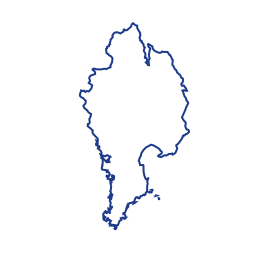 the Province of Shandong, rotated 115°
{"feature_id": "CHN-1814", "entity_name": "Shandong", "entity_type": "Province", "adm_level": 1, "iso_a3": "CHN", "parent_name": "China", "parent_adm1": "", "projection": "robinson", "projection_center": [118.824, 36.396], "detail": "fine", "context": "isolated", "style": "outline", "palette": "blue", "viewbox_px": 256, "rotation_deg": 115, "n_neighbors": 0, "source": "natural_earth", "source_scale": "10m", "svg_char_len": 5865}
<svg xmlns="http://www.w3.org/2000/svg" viewBox="0 0 256 256"><g transform="rotate(115 128 128)"><path d="M105.9,71.0L108.4,72.1L109.3,73.2L110.0,73.2L111.2,73.9L111.2,74.5L111.9,74.9L112.8,74.5L113.4,74.8L115.2,74.7L120.9,75.8L123.2,77.0L123.9,76.7L125.0,75.3L125.9,74.7L130.5,74.5L133.2,76.2L132.5,77.3L133.3,78.0L134.3,80.1L135.6,80.6L136.7,81.6L137.3,83.4L139.5,84.9L140.4,85.9L140.8,87.5L140.7,88.8L139.7,88.7L137.3,86.9L136.1,86.8L135.3,87.3L134.7,89.3L133.8,90.6L133.4,93.0L133.0,97.6L133.4,100.0L138.0,103.5L141.5,104.7L145.3,105.2L147.3,104.7L150.7,104.7L153.4,104.3L153.9,103.4L156.5,101.4L155.2,98.6L155.5,98.1L160.5,95.7L163.6,93.6L166.3,91.0L166.9,90.0L166.5,89.0L164.2,88.4L168.0,88.1L170.3,86.6L172.6,86.1L177.0,84.0L179.5,84.5L180.5,84.1L181.7,84.4L182.0,84.8L181.7,85.3L182.0,85.8L183.6,86.7L184.3,87.7L186.9,87.9L187.2,88.3L186.7,89.4L187.2,89.8L186.8,90.6L187.8,91.6L191.1,91.5L192.7,90.6L192.2,89.8L193.2,90.3L194.1,91.0L193.3,91.1L192.9,91.5L192.9,92.0L194.5,93.3L195.3,94.9L196.8,95.2L197.6,96.0L200.2,95.7L199.2,95.0L198.0,95.3L198.4,94.8L199.2,94.5L201.6,95.1L206.6,95.0L207.1,95.1L206.8,95.7L206.9,96.1L207.9,96.1L208.1,95.9L207.6,94.8L208.8,93.1L209.9,92.6L209.8,92.1L210.5,92.5L211.1,92.1L211.9,92.9L211.9,93.5L211.3,94.4L211.6,95.2L212.7,96.4L213.7,95.2L214.2,95.1L215.5,96.4L219.9,96.1L220.2,96.5L222.2,96.9L223.2,96.3L224.9,96.5L225.1,97.2L224.9,97.7L224.3,97.4L222.2,98.5L222.8,100.0L221.7,99.3L222.0,100.6L222.9,101.8L223.1,102.6L223.7,103.1L222.4,103.3L222.1,103.7L222.4,104.5L220.8,104.2L220.2,104.6L219.9,105.5L219.7,104.3L219.4,104.2L219.0,106.1L219.6,106.8L218.2,108.2L218.4,108.6L218.8,108.7L219.1,108.5L219.1,108.0L221.6,108.0L221.3,111.4L220.9,111.8L220.6,111.7L221.0,110.7L220.6,110.6L219.6,111.2L218.3,111.1L218.3,111.6L219.1,112.7L218.3,113.1L217.7,112.9L217.1,113.9L216.3,114.1L212.9,113.3L212.9,112.2L213.2,111.8L214.9,111.8L212.3,110.4L212.7,108.6L212.4,108.4L212.0,108.6L211.9,110.4L210.7,110.3L210.3,111.3L209.2,111.8L209.3,109.9L209.5,109.4L206.5,109.0L206.2,109.2L207.1,110.6L206.3,111.2L203.1,112.0L201.7,113.7L199.7,114.3L200.6,113.5L199.4,113.8L199.1,114.3L199.4,116.3L199.2,116.5L198.4,115.7L196.7,116.1L196.2,115.9L196.0,115.5L196.1,115.1L197.2,114.8L198.4,114.0L198.7,113.4L197.2,113.7L196.3,114.5L195.7,113.9L195.1,113.9L194.9,114.3L195.3,115.1L194.9,116.0L193.8,116.1L193.1,116.8L193.1,117.2L193.7,117.4L191.5,117.4L187.7,118.7L185.8,120.4L184.6,120.0L184.6,121.0L184.4,121.2L182.0,120.8L182.1,120.1L180.1,119.2L177.6,120.2L177.5,120.6L177.8,120.8L177.4,122.0L177.6,122.5L178.3,122.5L179.5,120.8L180.1,120.6L181.2,121.9L181.8,122.1L182.0,122.7L182.9,122.3L182.2,123.8L182.6,124.9L181.5,125.1L181.2,125.5L181.3,126.3L180.7,127.2L180.1,127.1L180.0,126.0L179.5,125.7L179.7,125.0L177.6,124.9L176.1,127.0L177.0,128.7L176.6,129.0L175.1,128.7L176.6,133.9L176.4,134.3L174.7,135.1L172.8,135.2L172.4,135.8L170.9,135.9L167.9,137.3L166.4,136.7L168.1,132.9L167.5,131.9L167.1,131.8L166.7,130.4L166.2,130.7L165.9,131.6L165.9,132.5L166.5,132.9L166.2,133.3L164.5,132.6L164.6,132.0L162.0,132.3L161.5,131.8L161.3,132.3L161.8,132.9L161.4,134.2L161.4,135.2L161.6,135.7L163.3,136.7L163.5,138.8L164.1,139.0L164.9,138.6L164.9,139.4L165.2,139.3L166.2,138.2L166.7,138.7L166.6,139.4L164.8,140.3L163.5,141.8L163.4,141.3L163.9,140.2L162.5,141.4L161.6,141.5L160.2,143.2L159.3,146.7L158.5,146.5L157.7,145.7L156.9,146.2L156.7,146.4L157.6,147.3L156.8,148.3L156.9,149.7L155.8,150.3L155.1,149.4L155.3,148.7L154.5,149.0L153.5,150.7L152.9,151.2L153.0,150.2L152.6,149.8L150.5,150.9L148.1,157.0L147.0,158.4L145.0,159.0L144.9,160.1L144.5,160.8L143.3,165.4L141.4,166.0L141.2,165.4L140.7,165.1L139.2,165.0L136.3,166.8L133.3,166.8L131.0,167.3L130.5,170.3L128.9,173.3L128.8,174.5L128.1,176.4L127.3,177.4L126.5,177.8L124.0,177.0L122.8,177.1L121.1,177.8L120.8,179.2L120.1,180.5L119.7,184.1L119.3,184.9L118.1,185.7L113.7,186.3L113.7,184.8L112.8,183.7L113.4,182.0L111.9,181.1L111.5,179.0L107.8,177.9L104.7,178.4L104.3,178.7L103.8,182.6L101.4,182.3L99.2,184.2L98.2,184.4L96.3,184.0L93.0,180.6L91.6,181.3L90.7,182.2L90.3,184.6L89.7,184.9L89.2,184.7L88.4,183.6L88.1,181.3L86.2,177.0L84.3,174.6L83.9,172.8L80.2,169.5L79.2,170.3L75.6,170.2L71.5,171.4L70.3,173.3L70.1,175.5L70.0,176.2L69.3,177.0L69.4,178.2L69.2,179.1L65.8,181.2L65.4,181.3L64.6,180.7L63.5,181.3L63.0,181.1L61.9,179.8L60.8,180.3L59.6,179.6L58.9,180.4L56.7,180.6L55.2,181.1L52.1,180.2L50.9,181.2L48.3,180.9L47.3,180.4L45.9,178.5L45.6,177.3L45.6,174.9L42.6,172.9L41.4,172.9L40.7,173.5L40.3,173.2L40.5,171.4L39.5,170.1L34.9,168.1L32.6,168.4L30.9,167.8L31.7,164.7L31.4,163.0L33.6,161.8L36.9,157.0L38.4,156.5L38.9,155.9L41.4,155.7L42.8,154.2L43.6,153.9L43.4,152.4L43.7,151.8L44.7,151.7L45.3,149.6L47.5,148.1L47.8,146.8L50.6,146.6L51.5,146.1L53.4,143.6L54.2,143.1L57.0,142.6L57.3,142.2L56.6,141.4L56.8,140.8L58.2,139.5L59.3,139.0L61.0,139.6L61.8,137.3L62.5,136.5L62.1,135.5L58.4,137.9L56.1,137.6L53.7,139.5L52.0,140.2L48.5,141.2L47.0,141.2L46.4,141.6L46.0,143.1L45.3,144.1L43.8,145.2L43.3,145.1L43.7,140.5L45.9,138.7L46.8,136.5L46.9,133.9L46.6,131.1L45.4,129.7L44.3,129.5L44.1,128.1L42.4,124.3L44.3,121.3L44.1,120.7L45.6,118.6L47.1,117.1L47.5,116.1L51.2,114.9L52.2,114.3L52.8,112.7L54.9,110.4L55.1,108.9L57.0,106.8L58.0,103.0L59.8,101.1L60.0,99.2L61.8,98.1L63.9,97.8L65.4,98.3L66.2,98.0L66.9,97.1L66.7,96.4L66.1,95.8L66.0,95.0L67.1,93.6L67.5,92.4L69.3,90.3L69.9,91.5L70.1,93.5L71.1,94.5L71.7,93.6L75.3,90.3L76.6,87.9L78.5,86.5L79.2,84.7L80.2,83.9L85.2,84.0L87.1,83.7L95.6,83.6L97.5,80.8L98.4,78.6L99.3,77.6L102.2,76.9L103.8,75.2L104.5,74.2L104.2,73.4L104.4,72.0L105.9,71.0ZM176.8,80.6L177.5,81.3L177.4,82.1L176.6,81.5L176.8,80.6ZM176.6,79.6L176.6,80.1L175.8,79.5L176.2,79.4L176.6,79.6ZM173.8,79.6L174.3,79.9L174.2,80.6L173.7,80.0L173.8,79.6ZM178.6,70.5L178.6,70.0L179.3,69.7L179.4,70.0L178.6,70.5ZM177.1,73.5L177.8,74.3L177.2,74.2L177.1,73.5Z" fill="none" stroke="#1e3a8a" stroke-width="2"/></g></svg>